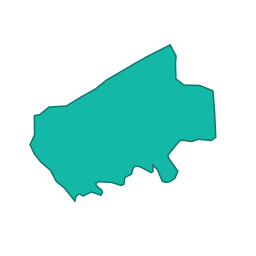 outline of Haeju City, Hwanghae-namdo, North Korea, rotated 321°
{"feature_id": "82179303B26132853361668", "entity_name": "Haeju City", "entity_type": "district", "adm_level": 2, "iso_a3": "PRK", "parent_name": "North Korea", "parent_adm1": "Hwanghae-namdo", "projection": "orthographic", "projection_center": [125.684, 38.062], "detail": "fine", "context": "isolated", "style": "filled", "palette": "teal", "viewbox_px": 256, "rotation_deg": 321, "n_neighbors": 0, "source": "geoboundaries", "source_scale": "gbopen_adm2", "svg_char_len": 906}
<svg xmlns="http://www.w3.org/2000/svg" viewBox="0 0 256 256"><g transform="rotate(321 128 128)"><path d="M212.1,94.9L213.1,89.9L189.3,84.8L175.0,82.3L158.3,79.8L141.6,77.2L127.3,77.2L113.0,74.7L93.9,72.1L79.7,62.0L67.8,62.0L63.0,59.5L51.0,74.5L41.4,79.4L38.9,89.4L38.8,99.5L41.1,112.0L38.6,124.5L40.8,134.6L40.8,139.6L40.7,149.6L40.7,151.4L44.5,148.4L48.7,148.5L50.3,152.6L59.2,154.6L64.7,163.2L67.7,162.0L68.4,159.5L67.1,153.1L68.0,150.9L71.2,151.0L81.2,160.2L86.5,168.3L89.4,169.2L94.6,164.4L101.4,166.1L106.8,162.4L109.8,162.2L113.1,165.9L117.9,177.2L120.0,177.6L123.8,172.5L124.7,178.8L121.2,190.9L122.6,193.7L127.0,196.2L132.9,196.5L139.6,192.9L140.6,176.5L142.2,174.1L159.7,170.5L162.4,171.5L169.1,178.7L175.4,180.9L184.9,190.1L190.4,190.4L205.4,170.0L217.4,152.5L210.4,140.0L198.5,129.9L196.2,119.9L205.8,107.4L210.6,102.4L212.1,94.9Z" fill="#14b8a6" stroke="#0f766e" stroke-width="1.5"/></g></svg>